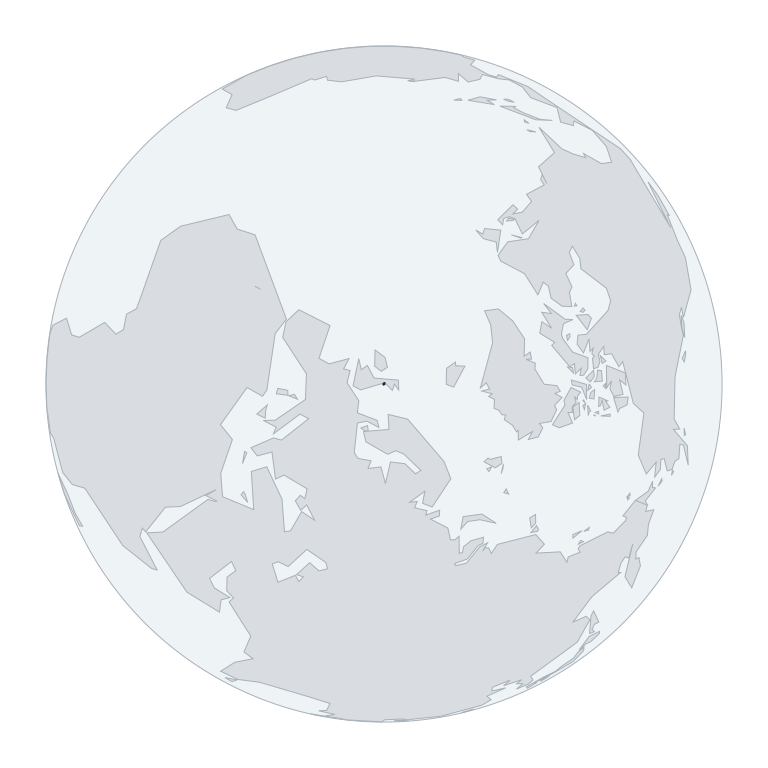 East Lothian highlighted on a globe, orthographic projection, rotated 116°
{"feature_id": "GBR-2022", "entity_name": "East Lothian", "entity_type": "Unitary District", "adm_level": 1, "iso_a3": "GBR", "parent_name": "United Kingdom", "parent_adm1": "", "projection": "orthographic", "projection_center": [-2.666, 55.943], "detail": "fine", "context": "on_globe", "style": "filled", "palette": "slate", "viewbox_px": 768, "rotation_deg": 116, "n_neighbors": 0, "source": "natural_earth", "source_scale": "10m", "svg_char_len": 10831}
<svg xmlns="http://www.w3.org/2000/svg" viewBox="0 0 768 768"><g transform="rotate(116 384 384)"><circle cx="384" cy="384" r="338" fill="#eef3f6" stroke="#a8b0b8"/><path d="M58.3,473.9L54.7,459.3L55.0,455.2L53.2,444.4L59.2,446.1L60.3,425.9L58.9,417.3L55.8,416.9L53.6,385.0L56.5,365.1L68.9,274.6L74.3,261.0L80.9,251.1L117.9,194.7L86.6,235.3L94.7,219.9L107.4,201.6L107.9,203.4L126.5,183.0L138.3,168.5L164.8,149.3L193.0,144.0L184.6,150.3L192.3,148.9L203.3,141.1L208.7,136.4L250.2,125.5L288.4,107.8L294.9,98.4L297.9,104.0L306.4,84.3L323.6,75.0L307.6,88.1L308.6,91.6L321.9,86.2L325.8,88.7L334.5,87.7L337.9,91.4L328.3,99.4L330.3,102.1L339.7,98.2L349.0,99.9L335.0,105.1L349.9,108.8L336.5,124.3L296.2,137.6L292.1,151.4L259.2,179.3L265.5,180.5L257.0,192.7L261.1,198.9L253.8,202.9L263.3,204.5L269.2,199.7L275.3,199.0L278.3,202.4L269.5,207.9L266.8,207.0L265.7,210.4L260.1,211.7L264.5,213.0L253.6,219.6L268.7,218.3L263.5,227.9L255.1,231.0L250.5,223.8L219.7,214.9L209.8,216.8L200.4,226.1L194.1,257.6L185.4,262.9L177.5,275.2L184.7,275.1L193.5,265.6L205.0,269.0L214.3,257.6L220.3,257.5L232.1,249.1L236.0,258.0L233.6,271.5L224.0,279.1L222.7,285.5L236.4,284.8L223.2,306.1L222.4,332.9L218.4,337.9L202.0,335.1L190.1,317.8L169.0,316.4L188.5,325.4L178.0,338.8L178.7,344.7L182.7,348.9L188.9,347.2L186.5,353.7L166.4,346.7L168.2,340.6L174.6,342.7L168.9,335.0L155.2,331.4L151.0,339.0L134.8,327.3L131.6,332.8L126.3,333.7L132.5,325.5L121.0,340.3L101.3,332.2L85.3,357.3L94.7,327.3L94.3,314.6L92.2,301.9L89.4,305.7L90.6,285.2L84.9,276.6L73.0,288.3L64.7,308.0L64.3,328.6L68.8,327.1L71.2,340.0L59.7,349.7L62.3,377.6L56.4,389.9L55.8,404.6L59.5,414.9L62.6,431.1L68.2,431.4L75.7,440.8L72.4,453.1L79.3,449.8L81.6,463.3L98.8,489.6L96.6,490.3L110.5,526.1L131.0,554.6L135.7,568.0L132.7,570.5L141.1,579.4L141.3,582.8L179.4,615.9L202.9,636.9L204.9,646.9L190.5,647.4L189.8,658.6L167.3,643.3L167.6,643.6L148.6,626.4L130.9,607.9L114.7,588.1L100.0,567.1L86.9,545.1L75.6,522.1L66.0,498.3L58.3,473.9ZM80.0,363.5L83.4,401.7L76.9,387.5L78.9,388.5L79.1,377.1L77.7,359.9L73.3,348.2L80.0,363.5ZM91.9,363.5L90.9,357.8L92.5,362.4L91.9,363.5ZM210.4,134.1L203.1,140.8L191.8,147.2L197.4,141.2L210.4,134.1ZM232.6,123.8L230.3,127.2L221.9,127.6L225.8,125.5L232.6,123.8ZM298.7,91.5L292.0,95.0L297.2,90.8L298.7,91.5ZM335.1,87.0L335.7,85.3L340.0,85.6L335.1,87.0ZM229.1,244.9L230.5,247.0L227.6,247.4L229.1,244.9ZM232.8,239.4L228.4,238.5L229.5,235.7L232.2,236.4L232.8,239.4ZM349.1,91.5L355.7,92.8L347.3,92.9L349.1,91.5ZM238.0,241.3L232.1,231.1L234.1,226.4L246.1,225.1L238.0,241.3ZM358.4,94.4L374.5,97.9L377.4,94.2L378.4,107.0L364.4,99.5L353.6,100.0L359.3,97.3L358.4,94.4ZM269.8,196.8L263.7,202.0L266.0,194.6L269.8,196.8ZM269.8,192.3L268.3,171.8L278.8,166.2L277.1,174.0L288.5,164.6L294.4,171.9L289.4,178.7L281.5,180.8L289.8,182.1L269.8,192.3ZM376.3,113.8L378.8,116.0L374.4,115.2L376.3,113.8ZM277.9,198.1L276.7,194.3L285.7,189.1L289.8,195.9L285.6,195.3L277.9,198.1ZM288.7,158.8L296.1,156.4L302.8,161.5L306.6,161.4L295.4,171.7L288.7,158.8ZM285.0,198.3L291.7,199.5L290.1,205.2L279.8,201.6L285.0,198.3ZM286.3,185.0L290.8,182.9L289.6,186.2L286.3,185.0ZM288.3,226.6L286.6,221.7L291.1,218.5L288.3,226.6ZM294.3,199.6L294.8,197.7L296.4,196.0L300.3,198.0L294.3,199.6ZM301.0,174.8L302.2,177.6L305.9,170.8L311.1,174.7L302.7,181.0L308.5,179.9L310.1,181.2L301.5,185.0L301.0,174.8ZM309.1,195.1L300.2,204.9L302.3,214.4L298.3,217.4L295.6,201.7L309.1,195.1ZM305.4,188.7L306.8,193.3L301.1,194.5L296.6,192.2L305.4,188.7ZM317.7,175.2L311.9,167.6L313.9,166.5L317.7,175.2ZM310.8,197.5L312.9,195.1L311.6,198.0L310.8,197.5ZM316.9,181.7L314.5,179.1L316.9,177.9L316.9,181.7ZM319.1,192.7L316.2,195.8L313.1,194.2L319.1,192.7ZM319.0,187.4L322.8,186.5L313.7,191.8L317.6,186.4L319.0,187.4ZM319.5,181.0L320.1,179.5L320.1,182.3L319.5,181.0ZM332.6,197.1L321.9,204.2L315.0,200.6L326.4,194.2L332.6,197.1ZM702.3,270.5L704.6,280.0L710.4,296.7L710.1,295.4L712.5,304.6L712.6,305.4L708.6,292.1L702.5,283.2L706.4,299.6L702.6,292.5L694.8,292.4L698.4,316.3L706.6,365.0L713.6,385.8L713.8,404.9L699.5,396.1L688.4,381.3L686.2,392.4L669.0,393.2L647.8,427.7L642.2,425.4L638.8,434.7L626.3,440.4L616.7,435.4L610.3,443.2L635.2,455.6L641.7,447.0L643.5,428.9L649.5,435.8L661.2,431.9L657.5,469.9L621.8,531.9L614.0,517.9L564.7,491.5L563.8,484.5L563.4,483.9L562.5,482.9L562.4,495.3L552.5,488.5L583.4,513.3L590.5,526.4L621.4,533.4L619.5,538.0L628.2,536.5L650.6,506.4L651.7,511.9L643.7,548.0L608.8,607.2L611.0,620.0L604.4,634.0L577.4,657.2L574.4,662.3L559.7,672.1L555.2,675.3L550.9,677.8L530.0,688.8L508.3,698.2L486.0,706.1L486.5,706.0L476.3,707.4L464.0,698.2L476.8,686.3L475.6,678.4L451.1,662.0L456.8,646.8L449.2,642.0L434.2,646.0L424.9,639.5L415.4,640.4L352.8,647.6L331.3,635.9L299.6,597.5L309.1,583.9L306.5,565.2L368.4,500.2L386.4,503.9L440.7,486.7L448.3,487.8L447.2,505.5L492.2,513.2L500.4,495.9L535.9,491.6L556.1,479.7L554.0,446.0L520.8,464.9L509.8,453.1L532.2,425.2L560.4,408.7L557.0,403.6L534.8,402.1L536.8,386.7L526.6,400.5L534.1,403.5L527.9,412.5L520.7,410.4L521.7,404.9L511.9,407.2L509.7,433.9L517.0,439.8L494.2,454.9L504.2,466.4L499.6,475.6L480.9,459.7L479.3,451.5L448.2,436.5L447.9,446.3L477.2,461.5L470.0,462.0L469.7,476.5L464.3,466.0L432.4,447.8L408.8,458.2L386.5,495.5L371.1,499.3L354.6,493.1L355.1,458.1L389.4,453.7L390.0,442.2L376.5,426.6L388.1,426.9L386.8,420.3L399.1,417.8L410.0,399.4L421.6,395.3L419.7,374.2L425.3,369.5L424.9,383.1L430.7,390.8L458.7,380.7L462.3,374.7L458.7,362.0L466.9,361.3L459.9,350.4L472.9,339.0L451.2,344.0L446.5,330.3L450.9,316.3L445.5,312.9L438.2,335.8L438.9,344.3L445.6,349.9L443.9,374.9L435.7,381.6L422.7,359.6L409.5,366.9L405.2,347.3L427.4,296.0L439.9,282.4L473.5,286.8L474.3,297.0L462.5,300.3L479.1,309.1L475.0,302.6L481.8,302.3L479.0,289.8L483.6,289.0L473.0,278.7L478.4,276.4L485.0,283.0L485.5,263.4L495.0,255.9L492.9,251.9L487.9,249.8L503.3,242.1L501.1,239.6L495.2,241.1L486.8,237.1L478.1,227.4L483.9,225.3L487.8,228.5L504.8,232.4L514.4,241.8L515.9,240.0L509.0,231.4L488.2,226.5L481.3,221.3L491.2,222.1L487.0,221.4L485.4,218.2L489.3,213.2L478.5,211.8L452.8,181.6L457.7,169.6L469.4,173.3L457.6,152.0L464.1,141.4L458.6,142.6L449.3,134.0L447.1,137.1L443.8,137.1L418.8,118.1L417.5,112.5L400.6,106.9L397.7,107.7L397.8,111.4L378.4,107.0L377.4,94.2L383.8,93.0L378.8,86.4L394.2,84.8L404.7,80.9L424.4,83.8L431.0,81.0L428.2,78.8L435.1,73.8L458.6,72.0L451.6,82.9L418.7,90.3L433.2,87.7L433.5,91.4L440.9,92.5L450.8,90.8L449.7,88.7L484.0,103.9L515.1,109.8L504.2,100.5L505.5,95.6L531.3,97.1L582.4,124.1L584.7,120.3L590.3,122.7L600.2,131.2L592.5,127.9L595.3,133.5L589.4,130.6L602.7,144.2L594.8,140.8L609.1,153.6L612.6,152.5L603.7,141.4L619.5,154.7L620.8,149.4L629.8,155.3L657.7,187.3L672.6,211.2L675.4,215.2L676.7,220.0L685.5,236.2L688.6,237.8L702.3,270.5ZM353.0,536.6L352.7,542.7L352.7,542.8L353.0,536.6ZM594.6,405.6L608.7,392.4L594.8,379.8L599.0,373.9L592.7,372.0L593.7,379.0L577.2,372.5L580.5,360.6L574.9,353.8L569.9,358.0L566.5,380.9L590.1,390.1L590.1,401.1L594.6,405.6ZM99.4,490.3L101.1,495.7L98.0,491.6L99.4,490.3ZM73.6,390.4L75.4,396.5L75.6,401.4L73.7,397.6L73.6,390.4ZM95.0,438.4L98.2,445.8L93.8,440.3L95.0,438.4ZM84.5,407.3L92.2,433.0L83.8,423.6L79.3,407.5L83.8,415.6L84.5,407.3ZM86.2,368.0L86.8,372.6L85.0,373.8L86.2,368.0ZM93.0,366.9L92.4,365.7L93.1,362.0L93.0,366.9ZM179.2,339.2L180.7,340.0L183.7,345.2L180.2,344.6L179.2,339.2ZM209.8,358.6L205.3,368.9L206.0,360.9L200.2,361.7L194.5,346.5L216.0,339.7L207.3,345.3L209.8,358.6ZM192.9,325.0L194.1,335.0L192.0,324.4L192.9,325.0ZM367.5,388.2L373.8,392.0L372.1,400.2L357.4,406.9L359.6,394.9L367.5,388.2ZM383.0,395.5L374.2,372.7L383.0,368.1L379.5,374.5L386.2,373.7L382.5,383.8L399.5,402.4L399.2,411.0L372.3,417.8L381.2,410.6L374.6,407.1L383.0,395.5ZM336.2,327.6L332.5,319.1L356.3,320.0L357.0,327.9L342.5,334.7L333.0,329.4L336.2,327.6ZM260.3,241.4L257.4,239.1L259.8,237.5L264.3,238.1L260.3,241.4ZM287.1,224.5L275.8,250.2L271.8,248.8L270.0,266.3L258.8,269.4L260.4,257.8L250.4,273.7L247.3,264.4L241.7,275.8L246.4,249.6L243.3,242.4L251.0,249.2L261.4,246.4L264.9,243.1L272.6,228.5L271.0,212.2L281.0,207.5L288.5,208.4L290.4,211.6L283.3,213.6L291.0,216.4L282.2,221.8L287.1,224.5ZM370.7,230.0L361.6,229.7L375.5,238.7L366.8,243.1L368.9,243.9L364.7,250.6L363.3,260.3L358.5,261.1L360.0,264.6L357.2,269.3L357.7,274.4L349.4,277.9L349.3,284.5L345.4,282.4L347.4,293.0L342.2,286.8L338.1,292.6L345.3,295.6L299.2,304.5L284.0,314.1L274.1,325.7L266.4,314.1L270.8,296.1L281.8,277.4L297.5,270.3L291.2,266.6L296.9,262.3L299.5,267.0L298.9,257.2L304.3,255.0L314.0,240.0L309.7,227.9L313.2,222.4L317.6,226.1L318.0,218.1L328.6,221.3L331.3,217.6L344.5,217.4L351.3,227.0L353.8,222.1L363.9,222.1L370.7,230.0ZM336.4,197.4L346.5,207.3L346.8,214.7L323.7,212.1L319.8,215.1L305.1,214.3L305.1,203.6L309.3,204.8L313.4,203.5L311.7,207.3L316.1,203.3L322.1,204.8L327.1,202.2L329.0,206.1L336.4,197.4ZM453.9,479.7L459.2,478.9L466.8,475.8L466.8,485.1L453.9,479.7ZM431.9,467.7L436.3,465.4L440.0,476.5L434.4,477.5L431.9,467.7ZM435.6,455.1L436.3,464.5L432.6,460.0L435.6,455.1ZM428.6,380.6L432.9,377.7L434.5,380.3L433.6,385.4L428.6,380.6ZM410.1,259.9L404.9,258.0L405.4,255.8L397.8,246.8L403.6,243.2L410.5,247.2L410.1,259.9ZM550.1,454.7L546.2,463.9L542.3,463.0L544.4,460.0L550.1,454.7ZM505.9,477.2L517.5,476.3L505.7,479.8L505.9,477.2ZM415.2,254.4L411.4,251.0L416.7,251.3L415.2,254.4ZM407.5,240.1L413.2,239.4L403.5,241.7L407.5,240.1ZM607.0,637.9L609.0,635.6L621.7,619.8L635.9,604.5L643.9,592.6L644.9,595.7L622.9,623.0L607.0,637.9ZM717.1,327.3L717.0,326.6L717.1,327.3ZM714.3,386.2L718.1,390.2L717.6,398.2L714.3,386.2ZM678.7,219.7L682.5,227.4L681.0,225.3L675.2,214.4L678.7,219.7ZM636.8,161.0L642.8,167.0L645.6,170.2L644.5,169.5L636.8,161.0ZM460.0,222.1L464.0,238.4L470.9,248.5L480.8,251.3L468.5,254.7L458.0,239.0L460.0,222.1ZM453.1,186.7L444.4,184.8L446.9,181.5L449.2,181.4L453.1,186.7ZM448.8,188.5L440.6,194.3L434.8,190.6L442.5,186.7L448.8,188.5ZM428.3,223.7L429.1,228.7L424.7,228.2L428.3,223.7ZM582.7,113.2L579.9,112.3L573.6,107.5L577.3,109.4L582.7,113.2ZM550.6,92.4L571.0,106.0L587.0,118.1L585.2,115.7L594.6,121.8L593.7,123.3L577.7,112.2L566.8,103.8L559.0,100.3L547.1,93.4L540.1,92.1L532.9,88.9L535.9,87.7L550.6,92.4ZM537.5,92.0L521.0,89.0L512.0,82.0L513.6,81.0L525.0,85.2L529.0,88.6L537.5,92.0ZM514.4,86.4L518.1,89.9L501.7,96.3L496.0,96.1L503.8,86.6L507.7,89.5L513.3,89.4L514.4,86.4ZM381.3,114.3L379.0,115.9L378.8,113.4L381.3,114.3ZM442.8,139.1L438.3,138.7L438.2,135.6L442.8,139.1ZM425.6,136.1L428.8,139.8L422.9,136.7L425.6,136.1ZM436.5,148.2L429.0,141.7L439.7,146.7L436.5,148.2Z" fill="#d9dde1" stroke="#a8b0b8" stroke-width="1"/><path d="M382.7,384.0L382.8,384.0L383.1,383.8L383.2,383.7L383.3,383.6L383.4,383.4L383.5,383.3L384.1,383.3L384.3,383.5L384.5,383.7L384.7,383.8L384.8,383.8L385.0,383.9L385.0,384.0L384.8,384.3L384.8,384.5L384.6,384.5L384.4,384.5L384.2,384.7L383.8,384.7L383.6,384.6L383.4,384.6L383.2,384.5L382.8,384.2L382.7,384.1L382.7,384.0Z" fill="#64748b" stroke="#1e293b" stroke-width="1.5"/></g></svg>